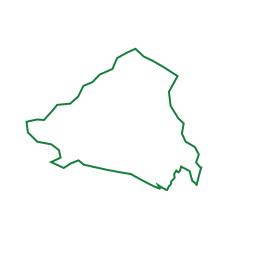 the district of Louroukina, Cyprus, rotated 123°
{"feature_id": "46923920B91087779274595", "entity_name": "Louroukina", "entity_type": "district", "adm_level": 2, "iso_a3": "CYP", "parent_name": "Cyprus", "parent_adm1": "", "projection": "mercator", "projection_center": [33.49, 35.022], "detail": "fine", "context": "isolated", "style": "outline", "palette": "green", "viewbox_px": 256, "rotation_deg": 123, "n_neighbors": 0, "source": "geoboundaries", "source_scale": "gbopen_adm2", "svg_char_len": 1321}
<svg xmlns="http://www.w3.org/2000/svg" viewBox="0 0 256 256"><g transform="rotate(123 128 128)"><path d="M121.5,45.0L121.8,45.3L119.8,52.1L111.6,54.2L107.5,61.8L108.1,72.1L103.4,79.7L93.8,83.8L92.4,91.3L86.2,104.4L75.3,113.4L57.5,114.7L57.5,130.5L58.2,143.6L59.5,153.9L57.5,164.9L65.0,169.7L75.3,175.2L86.9,173.2L92.3,176.7L98.6,180.8L108.8,182.8L117.0,188.3L128.7,186.9L139.0,189.7L147.2,200.0L154.0,200.7L167.0,202.8L170.4,208.9L178.0,216.5L183.5,211.9L186.2,209.6L187.8,201.8L188.7,197.5L188.9,196.6L186.3,190.3L183.5,183.5L183.8,178.5L184.1,174.2L184.2,173.8L189.5,168.5L189.6,168.4L198.5,173.9L196.5,160.1L188.9,156.7L182.1,151.9L182.4,149.0L182.8,145.0L180.8,139.6L179.6,136.2L177.0,129.5L174.6,123.0L172.3,117.5L170.1,112.0L169.8,111.3L165.0,100.4L164.8,95.9L164.6,94.2L164.3,88.6L164.0,86.1L163.0,76.1L162.9,74.8L161.5,68.0L161.5,67.8L160.8,69.1L160.8,69.4L159.5,71.7L159.5,67.7L159.1,62.5L158.6,61.4L154.6,62.0L152.9,61.4L152.3,61.5L151.9,61.6L151.5,61.6L151.3,61.6L151.0,61.7L150.9,61.7L149.4,62.6L144.5,61.8L143.5,62.5L141.7,64.1L137.8,64.3L137.8,64.0L137.3,64.0L137.8,61.7L136.9,61.3L135.6,61.1L131.4,62.4L131.2,59.8L130.6,53.1L130.6,52.8L134.1,49.0L137.2,45.4L137.3,45.2L137.6,41.9L138.2,40.3L138.2,39.5L128.7,42.8L122.9,44.6L121.9,44.9L121.5,45.0Z" fill="none" stroke="#15803d" stroke-width="2"/></g></svg>